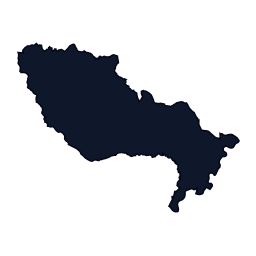 Tautii Magheraus, Maramures, Romania (orthographic projection), rotated 271°
{"feature_id": "2599482B35986305361226", "entity_name": "Tautii Magheraus", "entity_type": "district", "adm_level": 2, "iso_a3": "ROU", "parent_name": "Romania", "parent_adm1": "Maramures", "projection": "orthographic", "projection_center": [23.49, 47.714], "detail": "fine", "context": "isolated", "style": "filled", "palette": "ink", "viewbox_px": 256, "rotation_deg": 271, "n_neighbors": 0, "source": "geoboundaries", "source_scale": "gbopen_adm2", "svg_char_len": 5851}
<svg xmlns="http://www.w3.org/2000/svg" viewBox="0 0 256 256"><g transform="rotate(271 128 128)"><path d="M79.2,209.9L82.1,209.5L83.0,209.6L84.0,210.4L84.4,211.2L84.4,213.1L84.0,213.9L82.6,214.8L82.3,215.3L82.4,215.9L83.0,216.4L88.9,219.0L89.3,219.3L89.9,220.2L91.2,220.7L93.3,220.6L94.2,219.9L95.1,219.7L97.3,220.1L99.5,221.5L101.1,223.0L101.2,224.1L101.1,225.1L101.7,226.2L102.5,226.9L103.5,227.0L104.7,226.6L105.3,226.0L106.2,224.3L107.5,223.6L108.8,223.5L110.1,223.9L111.2,225.2L111.6,226.4L111.4,227.5L110.5,229.0L109.8,231.0L109.9,232.3L110.5,233.6L113.9,235.6L114.8,236.6L115.4,238.2L116.8,239.2L117.3,239.2L120.2,237.1L123.1,232.6L123.4,231.3L123.2,229.2L122.4,226.2L122.3,225.0L122.7,223.6L123.9,222.1L123.7,220.8L124.1,220.1L118.6,220.5L119.3,219.4L119.0,219.3L119.9,216.0L119.8,215.9L126.1,208.4L126.5,206.8L127.0,201.6L132.1,199.0L133.2,198.7L137.0,198.7L136.7,198.2L136.7,197.9L138.7,197.6L140.1,196.1L144.6,193.8L145.6,192.2L148.6,189.2L150.9,187.8L152.3,187.2L154.1,185.9L153.7,184.4L154.8,182.6L155.1,181.4L154.9,180.8L155.0,179.7L154.6,179.0L154.5,177.8L153.8,176.5L154.0,176.2L153.9,175.9L153.0,175.2L152.2,173.4L151.6,173.0L150.9,171.4L150.0,170.6L150.3,170.1L150.2,169.6L150.7,168.9L150.5,168.2L150.9,166.4L150.8,164.9L152.0,164.1L152.4,164.1L152.7,163.2L152.9,161.6L153.1,161.3L153.2,160.0L152.9,158.0L153.4,154.5L153.9,153.6L156.5,152.9L161.3,150.7L163.0,148.8L164.9,145.7L165.1,145.2L165.3,143.3L165.7,142.6L164.9,140.8L162.6,140.8L161.4,141.2L160.5,141.8L159.1,141.9L157.6,140.9L156.9,140.8L154.6,138.7L156.9,137.8L158.1,137.0L159.0,136.9L160.8,136.3L163.0,136.1L164.5,133.6L165.1,133.1L165.7,133.0L165.5,132.3L165.6,131.1L165.9,130.7L167.4,129.3L167.8,128.2L169.8,128.0L170.3,126.7L170.3,126.0L171.0,125.5L171.4,124.8L172.1,124.6L174.0,125.0L175.6,124.8L176.0,124.1L176.3,124.0L176.5,124.1L176.6,124.7L177.1,123.8L176.8,123.2L177.1,122.0L177.7,121.4L178.6,119.6L178.7,118.5L180.1,116.9L180.6,115.9L181.7,115.8L184.1,113.7L184.8,113.4L185.7,113.5L187.0,114.2L187.8,114.1L188.7,114.5L189.8,114.5L190.9,115.5L191.8,115.6L193.1,117.3L199.8,116.1L199.8,115.6L200.2,115.0L200.3,114.1L200.9,112.7L200.9,112.0L199.9,109.9L199.0,108.9L198.6,106.4L198.8,104.1L199.3,103.0L198.4,101.3L198.3,100.4L199.1,99.3L199.2,98.7L198.9,98.2L198.7,98.2L197.6,97.1L197.0,97.5L196.7,98.4L196.3,98.0L196.9,96.2L196.7,95.9L196.7,95.5L197.1,95.0L196.8,94.7L196.7,94.3L196.3,94.0L198.0,93.7L199.1,91.9L200.7,90.8L202.0,89.0L202.2,87.8L202.6,86.6L202.9,84.7L204.3,82.9L203.4,81.9L203.2,80.1L203.5,78.0L203.9,76.7L204.9,75.7L206.6,75.1L207.4,74.4L210.2,73.1L210.5,72.8L210.8,72.1L210.2,70.4L209.0,68.3L207.0,66.9L203.3,63.6L205.3,60.2L204.8,57.6L204.6,57.2L203.4,56.3L203.4,56.1L203.9,56.0L204.0,54.9L205.7,54.5L205.6,53.9L205.7,53.4L204.8,53.3L204.5,52.4L203.5,51.6L203.6,51.2L204.6,50.7L204.7,50.0L205.3,50.0L206.1,50.6L206.7,50.4L206.7,49.3L207.8,48.2L207.2,47.9L207.0,47.3L206.1,47.5L205.4,46.9L205.2,45.5L204.0,44.4L203.6,43.5L203.8,42.4L204.7,41.5L206.2,40.6L209.2,40.0L209.4,38.0L208.7,37.1L210.9,34.9L208.9,32.6L209.3,31.0L209.0,29.5L208.2,28.2L208.3,26.4L208.1,25.7L207.2,25.0L206.8,23.9L204.1,21.7L202.8,21.4L201.2,21.7L201.6,16.8L200.3,17.3L198.2,17.4L195.4,17.0L194.3,17.4L193.8,17.9L192.8,17.3L190.5,17.1L188.7,18.5L186.8,19.4L182.7,19.0L181.6,20.3L181.6,21.6L181.8,22.1L181.4,24.7L179.7,27.0L178.8,27.2L178.4,27.7L177.2,27.6L175.9,27.0L175.2,27.1L171.7,26.3L170.3,27.1L169.2,27.3L166.8,26.9L166.0,27.8L165.2,29.5L164.2,30.1L163.1,32.0L161.3,32.9L160.3,34.5L159.9,35.6L159.2,36.2L158.5,36.4L157.7,35.9L155.9,35.6L152.3,36.0L151.6,37.7L150.5,38.6L149.5,39.9L148.0,40.7L147.6,41.4L147.0,41.8L145.6,42.2L143.8,42.3L142.5,41.7L141.2,41.7L138.4,44.1L137.3,45.4L137.0,44.5L135.7,43.8L133.6,44.8L132.5,44.8L132.3,45.1L132.3,45.8L131.3,47.1L130.1,47.6L128.4,47.5L128.4,48.2L127.7,50.9L128.1,52.0L128.1,52.8L127.1,54.2L124.5,56.0L123.0,57.8L122.7,58.4L122.6,58.9L123.1,60.4L121.8,62.8L119.1,65.0L116.8,64.8L115.4,65.1L113.8,66.5L113.0,68.0L111.1,69.0L110.5,68.8L106.5,77.0L104.1,79.9L103.2,80.6L100.9,81.7L99.8,83.3L97.2,86.0L95.7,88.5L94.4,91.1L94.2,92.8L95.5,95.1L95.5,96.4L95.0,98.8L95.0,99.5L96.1,101.1L96.0,102.3L96.8,104.0L97.0,105.5L98.5,109.5L99.8,111.7L100.5,114.5L100.5,116.1L102.1,117.2L103.0,118.8L103.2,120.9L103.5,121.8L102.8,125.5L103.0,126.1L103.0,126.9L102.1,127.2L101.5,127.9L101.3,129.1L100.0,130.9L99.7,132.0L100.0,133.2L100.5,133.8L100.6,136.0L101.2,136.0L101.8,136.4L102.0,137.6L102.0,138.1L101.2,138.9L101.1,140.2L102.5,141.8L102.6,142.2L101.5,143.3L101.6,144.9L100.9,147.0L101.2,149.1L101.6,149.9L101.1,151.2L101.2,152.2L99.6,152.5L99.3,152.7L99.2,153.4L99.8,154.7L99.8,155.7L100.9,156.3L101.9,157.9L103.0,158.7L102.9,159.4L101.6,160.9L101.2,162.8L101.3,163.7L103.4,163.3L102.0,165.2L100.7,165.9L101.0,166.4L100.8,167.4L99.9,167.7L98.9,169.0L99.1,170.0L99.0,171.3L98.3,172.1L96.5,173.2L95.6,175.5L95.1,175.0L94.1,176.3L93.5,176.0L91.8,178.7L89.9,178.6L89.0,178.9L87.8,178.1L86.4,179.1L85.3,179.0L84.5,179.3L84.2,179.9L84.4,180.9L83.8,181.0L82.8,180.7L81.8,181.6L81.4,181.4L80.9,180.6L80.7,180.7L80.3,181.3L80.0,181.3L79.6,180.8L79.5,180.0L79.4,180.0L78.8,180.2L78.1,181.3L77.9,181.2L77.9,180.8L77.1,180.6L76.5,179.9L75.9,179.9L75.0,178.8L74.2,178.7L73.8,178.3L72.7,178.4L71.5,178.0L68.8,180.7L65.4,177.4L65.4,175.9L60.3,174.9L60.2,173.3L58.9,173.3L59.0,174.4L50.5,170.3L49.7,171.5L46.6,173.9L45.8,175.0L45.1,176.7L45.2,178.8L45.5,179.3L46.1,179.7L48.0,179.8L52.4,178.7L54.3,179.1L55.4,179.9L56.1,180.8L57.5,183.9L59.9,185.8L62.5,186.2L65.5,186.2L66.1,186.6L68.0,191.0L68.4,192.4L68.3,193.5L67.6,194.7L67.6,195.8L68.2,197.2L69.1,198.1L67.8,198.3L63.5,197.0L62.8,199.5L62.8,201.2L63.6,203.6L64.0,204.0L66.1,204.6L67.2,205.2L68.1,206.0L70.0,206.7L69.3,208.8L68.1,211.0L70.9,213.0L72.2,213.3L72.9,213.1L74.0,212.1L74.1,211.4L73.8,210.3L75.5,208.4L76.2,209.1L79.2,209.9Z" fill="#0f172a" stroke="#020617" stroke-width="1.5"/></g></svg>